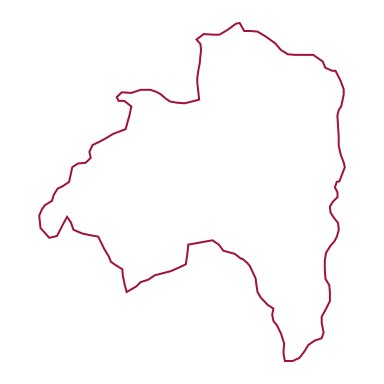 the district of Andong-si, North Gyeongsang, South Korea
{"feature_id": "91817680B16014600177045", "entity_name": "Andong-si", "entity_type": "district", "adm_level": 2, "iso_a3": "KOR", "parent_name": "South Korea", "parent_adm1": "North Gyeongsang", "projection": "robinson", "projection_center": [128.764, 36.55], "detail": "fine", "context": "isolated", "style": "outline", "palette": "rose", "viewbox_px": 384, "rotation_deg": 0, "n_neighbors": 0, "source": "geoboundaries", "source_scale": "gbopen_adm2", "svg_char_len": 1956}
<svg xmlns="http://www.w3.org/2000/svg" viewBox="0 0 384 384"><path d="M121.8,92.3L116.7,97.2L118.6,100.9L121.8,100.9L124.3,100.9L131.3,106.4L129.4,115.6L127.5,122.3L125.6,129.1L112.9,134.0L105.9,138.3L98.9,142.0L92.6,145.0L89.4,151.8L90.7,157.9L85.6,162.8L78.0,163.5L72.3,167.1L70.3,176.4L69.1,181.9L62.7,186.2L57.6,188.6L53.8,194.8L51.9,200.9L44.9,205.2L41.8,209.5L39.2,215.7L40.5,228.0L49.3,237.8L57.0,236.0L63.3,223.7L67.1,216.9L70.9,222.4L73.5,229.8L82.3,233.5L91.2,235.4L98.2,236.6L103.9,248.3L109.0,256.9L110.9,261.8L115.3,264.9L122.3,269.2L122.9,276.0L124.8,285.2L126.7,292.0L136.3,286.4L140.7,282.1L148.3,279.7L154.7,275.3L171.2,271.0L179.5,267.3L185.8,264.3L187.1,255.7L188.3,244.6L212.5,240.3L218.8,244.6L223.3,250.7L234.7,253.8L241.0,258.7L242.3,258.7L247.4,263.0L249.9,266.1L255.6,278.4L256.3,284.0L257.5,292.0L260.7,297.5L267.7,304.9L273.4,308.6L272.2,314.7L273.4,320.9L277.2,325.8L281.1,333.8L284.2,343.7L283.6,349.9L283.6,354.2L284.9,361.0L292.5,361.0L299.5,357.9L304.6,351.1L308.4,344.9L314.7,340.6L321.7,338.2L323.6,332.6L321.7,322.8L321.7,316.6L325.5,309.8L329.9,301.2L329.9,292.0L329.3,285.2L325.5,279.0L324.8,269.8L324.8,260.6L326.1,252.6L330.5,245.8L334.3,241.5L336.9,236.6L338.8,229.8L338.1,223.1L333.7,217.5L330.5,212.6L329.9,206.5L333.0,201.5L337.5,197.2L337.5,192.3L334.9,187.4L336.8,181.9L339.4,181.3L344.8,167.2L343.8,162.8L340.6,154.3L338.7,145.7L338.7,136.4L337.4,115.6L338.7,110.1L341.2,106.4L343.7,94.7L343.7,89.2L340.5,80.6L335.5,70.8L332.3,70.8L325.3,67.8L322.8,61.6L313.3,54.9L305.0,54.9L295.5,54.9L287.9,54.3L280.9,50.0L275.2,43.3L265.7,36.5L257.5,31.6L250.5,31.0L244.2,31.0L239.7,23.0L235.9,23.7L227.7,29.8L219.4,34.7L214.4,34.7L203.6,34.1L196.5,39.6L200.4,43.9L201.1,50.0L200.4,56.1L199.8,62.9L198.5,69.6L197.3,77.6L197.3,83.1L199.2,99.6L189.6,102.1L184.6,103.3L177.0,102.7L170.0,101.5L165.5,98.4L160.5,94.1L156.0,91.7L150.3,89.8L140.8,89.8L131.3,92.9L121.8,92.3Z" fill="none" stroke="#9f1239" stroke-width="2"/></svg>